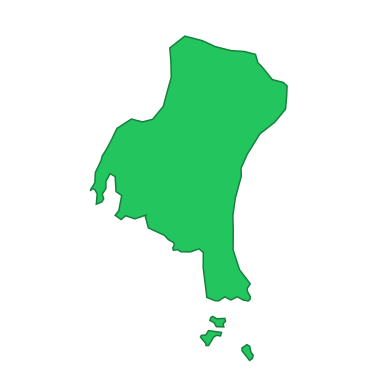 Kwaksan, P'yŏngan-bukto, North Korea, rotated 14°
{"feature_id": "82179303B20796163774072", "entity_name": "Kwaksan", "entity_type": "district", "adm_level": 2, "iso_a3": "PRK", "parent_name": "North Korea", "parent_adm1": "P'yŏngan-bukto", "projection": "orthographic", "projection_center": [125.081, 39.675], "detail": "fine", "context": "isolated", "style": "filled", "palette": "green", "viewbox_px": 384, "rotation_deg": 14, "n_neighbors": 0, "source": "geoboundaries", "source_scale": "gbopen_adm2", "svg_char_len": 1610}
<svg xmlns="http://www.w3.org/2000/svg" viewBox="0 0 384 384"><g transform="rotate(14 192 192)"><path d="M258.6,66.1L254.1,63.6L242.7,63.5L236.0,58.4L229.2,53.3L224.7,50.7L220.3,43.1L208.9,43.0L195.2,45.4L179.2,45.3L165.6,42.7L147.3,42.5L135.6,57.6L139.9,70.3L144.1,85.5L143.7,100.7L143.4,115.9L136.2,131.0L126.9,136.0L115.5,135.9L103.8,148.4L101.2,161.1L98.7,171.2L96.2,178.7L96.1,183.8L93.5,196.4L95.5,206.6L93.1,214.1L93.1,215.6L94.3,212.9L97.0,213.2L100.4,216.6L102.1,227.0L106.9,223.4L108.0,220.0L105.4,215.8L107.6,209.4L105.9,202.5L108.1,194.0L113.7,195.6L118.2,210.0L124.6,212.4L125.5,227.7L123.1,233.2L129.9,235.9L133.3,231.1L143.1,231.9L144.9,230.7L152.9,225.5L152.7,227.1L158.3,237.4L175.6,240.7L180.6,243.9L186.3,245.5L187.7,247.8L186.8,250.9L188.0,253.0L192.0,251.4L195.5,252.7L204.7,250.6L212.6,245.5L217.6,247.9L221.2,263.0L221.6,263.8L231.9,290.7L241.0,291.9L244.3,291.1L249.2,285.8L255.8,287.4L261.3,282.7L268.1,284.5L272.9,284.1L274.3,282.1L274.0,279.6L269.9,275.1L268.9,272.2L270.7,267.0L256.9,255.9L245.8,238.1L241.6,220.4L237.4,205.2L235.5,187.4L236.0,164.7L233.8,157.1L236.5,141.9L243.8,119.2L255.5,104.1L262.7,88.9L260.7,76.3L258.6,66.1ZM245.2,336.9L248.2,327.4L250.6,325.1L254.5,324.8L254.6,321.1L241.5,322.5L240.0,327.4L235.8,328.8L235.3,330.7L241.7,335.4L242.9,337.7L245.2,336.9ZM290.9,339.0L290.8,335.5L287.9,333.1L285.3,327.7L282.2,326.8L278.2,331.3L279.0,334.0L288.6,341.5L290.9,339.0ZM254.4,306.7L246.7,309.0L242.2,307.7L240.7,309.1L240.4,312.3L245.0,313.4L248.2,316.8L255.5,315.2L254.1,312.3L255.8,309.4L254.4,306.7Z" fill="#22c55e" stroke="#15803d" stroke-width="1.5"/></g></svg>